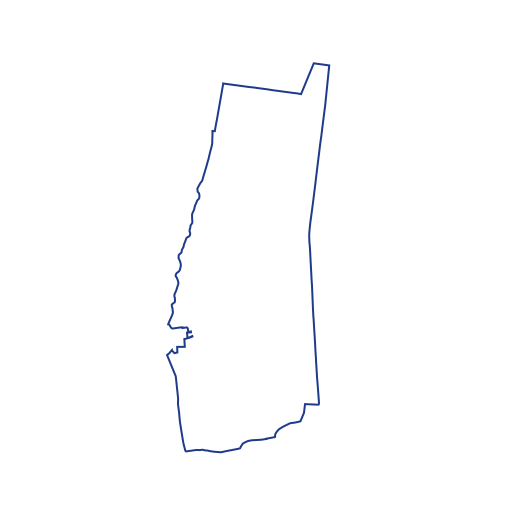 outline of Manasia, Ialomita, Romania, rotated 328°
{"feature_id": "2599482B60853828676404", "entity_name": "Manasia", "entity_type": "district", "adm_level": 2, "iso_a3": "ROU", "parent_name": "Romania", "parent_adm1": "Ialomita", "projection": "mercator", "projection_center": [26.681, 44.722], "detail": "fine", "context": "isolated", "style": "outline", "palette": "blue", "viewbox_px": 512, "rotation_deg": 328, "n_neighbors": 0, "source": "geoboundaries", "source_scale": "gbopen_adm2", "svg_char_len": 4513}
<svg xmlns="http://www.w3.org/2000/svg" viewBox="0 0 512 512"><g transform="rotate(328 256 256)"><path d="M202.3,418.5L202.7,418.6L203.8,419.0L204.7,419.3L205.7,419.6L206.1,419.7L213.5,414.5L219.1,407.6L229.6,414.8L230.2,415.2L230.8,414.9L231.2,414.5L231.8,413.5L236.0,405.6L239.4,399.1L242.2,393.7L243.9,390.4L245.8,387.0L247.7,383.5L248.3,382.4L249.1,380.9L250.1,379.0L251.3,376.8L251.9,375.8L253.3,373.3L254.6,370.8L255.8,368.6L257.9,364.8L259.9,361.2L261.7,357.9L262.1,357.2L266.2,349.6L266.8,348.5L268.7,345.0L271.8,339.3L271.9,339.1L272.2,338.4L272.6,337.7L272.9,337.1L275.5,332.5L276.2,331.1L277.1,329.6L278.5,327.1L280.3,324.0L285.3,315.2L286.6,312.9L287.7,311.0L288.0,310.4L288.9,308.7L289.8,307.0L291.6,303.7L294.4,298.7L296.6,294.7L301.2,286.4L304.1,281.2L305.9,278.0L308.0,273.8L308.7,272.4L311.3,267.9L312.5,266.0L313.7,264.3L315.5,261.9L319.4,256.9L326.8,248.0L334.2,239.0L345.9,224.6L346.0,224.4L350.4,219.0L356.5,211.4L364.4,201.7L369.8,195.0L375.1,188.7L381.5,180.8L389.1,171.5L394.5,164.9L419.1,133.2L412.4,127.6L409.1,124.9L407.1,123.2L406.0,124.0L380.0,142.6L377.9,140.6L373.7,137.2L357.4,123.7L353.4,120.2L345.5,113.7L343.9,112.3L339.3,108.7L328.7,99.9L320.5,93.1L319.6,92.3L319.5,92.5L293.8,121.1L293.6,121.2L287.2,128.3L285.7,127.2L285.3,126.9L284.4,128.5L281.5,132.9L280.4,134.4L279.6,135.8L278.5,137.4L276.7,139.3L271.7,144.0L267.0,148.7L265.8,149.7L260.8,154.3L254.3,160.0L251.2,162.8L250.2,163.7L249.6,163.9L248.7,164.2L247.4,164.7L244.5,166.3L242.8,167.3L242.0,167.8L241.6,168.3L241.3,169.2L240.9,169.9L240.6,170.6L240.8,171.6L240.9,172.5L240.5,173.8L240.1,174.6L239.5,175.6L239.0,176.3L238.4,176.9L237.8,177.2L237.0,177.4L236.2,177.6L235.6,177.8L235.1,178.1L234.7,178.4L232.9,179.7L230.8,181.1L230.1,181.8L228.7,183.3L226.9,184.7L226.1,185.1L225.0,185.9L224.1,186.6L223.6,187.2L223.2,187.8L222.9,188.3L222.2,189.6L221.7,190.3L221.4,191.0L221.0,191.6L220.7,192.2L220.3,193.1L219.7,193.9L219.3,194.2L218.8,194.5L216.7,195.4L215.5,196.9L214.0,198.3L213.4,198.8L212.8,199.7L212.5,201.2L212.0,202.2L211.6,202.8L210.4,203.7L209.9,203.9L208.4,203.8L206.9,203.8L206.1,204.2L205.1,205.0L204.8,205.3L204.1,205.8L201.0,208.1L200.6,208.5L200.2,208.9L199.2,210.0L198.2,210.5L196.9,211.3L196.2,211.8L195.8,212.2L194.9,213.2L194.6,213.6L194.2,213.7L192.3,213.9L191.5,214.1L191.1,214.2L190.6,214.7L190.2,215.3L189.7,216.0L189.4,216.4L189.2,216.9L189.1,217.7L188.7,220.6L187.9,223.0L187.1,224.4L186.3,225.3L185.5,226.1L184.4,227.1L183.9,227.5L183.0,228.0L182.3,228.2L182.0,228.3L180.9,228.3L180.0,228.4L179.6,228.5L178.9,228.8L178.1,229.3L177.5,230.0L177.2,230.7L177.2,231.2L177.3,232.1L177.3,232.5L176.8,235.2L176.2,237.1L175.7,238.1L175.1,238.7L172.6,240.8L170.4,242.7L168.6,244.0L167.3,244.8L166.2,245.7L165.3,247.2L165.0,248.5L163.8,250.6L163.5,251.2L162.7,252.0L162.4,252.2L161.5,252.2L159.8,252.4L159.0,252.5L158.6,252.9L158.1,253.9L157.9,254.3L157.7,255.2L157.5,256.0L156.7,257.6L155.8,259.6L154.9,260.6L154.1,261.3L149.7,264.3L147.9,265.5L145.3,267.4L145.6,267.7L145.9,268.0L146.0,268.4L146.1,268.5L146.0,270.1L146.0,270.9L146.0,271.5L146.1,272.0L146.1,272.3L146.3,272.7L146.6,273.0L146.8,273.2L147.0,273.4L154.9,276.9L155.8,277.5L155.5,278.1L159.5,279.9L159.8,281.2L158.3,284.5L159.3,285.0L160.1,285.2L160.8,285.5L160.4,286.3L158.0,285.0L156.9,284.4L154.5,289.1L155.8,289.5L156.7,289.8L157.7,289.9L159.5,290.1L159.4,290.6L157.6,290.3L156.2,290.0L154.8,289.6L153.2,289.1L151.7,288.7L151.2,288.5L147.5,295.3L141.0,291.3L138.2,296.1L135.5,295.3L135.2,294.6L135.0,293.0L134.6,292.2L134.9,291.2L133.5,291.7L132.1,292.1L131.4,292.4L130.9,292.5L130.4,292.6L128.1,292.8L124.2,315.5L119.5,325.2L114.8,334.8L113.9,336.4L111.3,340.3L108.4,346.7L107.7,348.2L104.0,355.5L101.3,361.7L96.6,372.9L95.2,376.4L94.4,378.8L92.9,383.6L93.2,384.7L102.9,389.0L103.7,389.6L104.7,390.3L105.6,390.9L106.5,391.3L107.0,391.5L107.5,391.7L108.2,392.1L108.6,392.6L109.1,393.1L109.6,393.6L110.3,394.2L110.8,394.6L111.9,395.4L113.0,396.5L114.1,397.6L115.4,398.6L116.5,399.6L122.3,403.9L127.4,405.7L136.9,409.4L140.3,410.6L140.6,410.6L141.6,410.0L142.6,409.4L144.0,408.8L145.0,408.2L145.3,408.1L146.7,408.1L148.3,408.3L149.5,408.4L151.3,408.7L152.6,409.2L154.0,409.7L155.6,410.5L158.7,412.2L163.5,414.8L165.7,415.7L167.9,416.7L168.0,416.4L176.1,419.6L177.6,417.7L178.8,416.8L180.9,415.9L183.0,415.2L184.5,415.1L185.8,415.1L187.1,415.1L189.6,415.2L191.4,415.4L193.3,415.6L195.6,415.8L196.3,416.0L197.1,416.2L198.6,416.9L199.3,417.2L200.0,417.6L200.8,417.9L202.3,418.5Z" fill="none" stroke="#1e3a8a" stroke-width="2"/></g></svg>